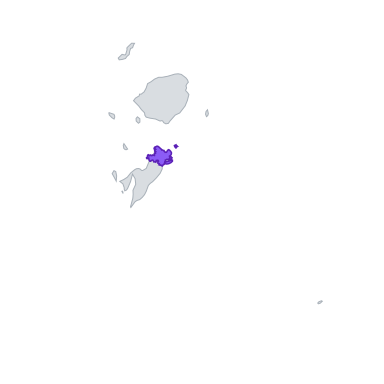 Bua, Northern, Fiji (highlighted), rotated 151°
{"feature_id": "14151628B59272471160482", "entity_name": "Bua", "entity_type": "district", "adm_level": 2, "iso_a3": "FJI", "parent_name": "Fiji", "parent_adm1": "Northern", "projection": "natural_earth1", "projection_center": [178.732, -16.793], "detail": "fine", "context": "in_parent", "style": "filled", "palette": "violet", "viewbox_px": 384, "rotation_deg": 151, "n_neighbors": 0, "source": "geoboundaries", "source_scale": "gbopen_adm2", "svg_char_len": 6836}
<svg xmlns="http://www.w3.org/2000/svg" viewBox="0 0 384 384"><g transform="rotate(151 192 192)"><path d="M183.1,266.3L183.2,268.4L184.3,269.3L185.5,269.5L188.5,273.5L193.0,277.0L195.8,279.7L196.0,281.9L195.1,284.3L196.3,288.6L196.9,293.1L198.9,300.2L196.0,301.5L191.5,301.7L190.5,303.0L189.0,302.2L185.3,302.8L181.7,305.1L178.3,308.3L174.4,308.3L170.0,308.9L165.6,308.5L162.5,306.8L157.1,305.0L149.8,303.4L146.8,302.1L144.3,300.0L142.0,294.8L141.6,292.2L142.0,289.8L144.1,289.0L145.9,287.7L146.1,286.1L146.9,285.0L147.9,284.5L148.4,283.8L147.7,281.1L147.5,278.7L151.7,274.3L156.3,270.6L164.4,267.1L169.4,267.4L177.0,264.7L179.4,263.5L181.8,264.3L183.1,266.3ZM253.0,208.8L246.8,215.2L244.6,218.5L242.8,222.1L237.5,226.0L235.3,231.2L235.4,236.5L240.7,230.9L246.5,226.4L248.3,225.5L250.2,225.6L250.0,227.1L249.2,228.6L248.5,232.6L250.0,236.3L245.7,236.0L241.4,236.3L236.3,238.4L231.3,239.3L229.4,239.3L227.6,238.6L226.4,237.5L225.5,235.1L224.6,234.7L220.6,234.8L214.6,239.6L212.6,243.8L210.3,243.9L207.6,243.1L204.4,246.2L200.4,247.4L198.8,244.7L197.7,241.4L196.3,239.0L192.0,238.4L192.6,235.4L193.8,234.2L194.8,232.5L195.4,230.5L197.5,231.7L199.6,232.6L202.0,231.1L204.4,230.9L206.9,226.6L210.8,223.8L216.1,221.7L221.5,220.1L224.3,219.8L227.0,218.9L231.7,214.8L234.8,212.7L238.2,211.4L241.4,210.7L244.4,211.3L246.8,211.0L253.0,208.1L253.0,208.8ZM191.6,342.9L191.6,344.9L186.4,346.3L184.6,344.6L183.5,344.3L180.4,347.3L179.5,348.5L179.2,349.5L178.4,349.9L172.7,351.4L170.2,349.9L171.9,348.9L174.0,347.0L176.1,347.3L178.2,345.4L180.3,342.7L183.3,342.1L185.4,341.0L188.9,341.8L191.6,342.9ZM252.9,246.8L249.9,248.5L248.8,246.8L250.1,242.6L253.0,238.3L252.9,241.8L252.9,246.8ZM226.5,301.2L226.1,301.6L222.6,297.8L222.7,296.3L223.3,294.9L224.8,293.6L226.0,295.8L227.0,299.4L226.5,301.2ZM205.3,283.4L203.3,284.2L202.1,281.3L203.7,278.4L205.5,278.1L206.4,281.1L205.3,283.4ZM229.5,266.1L228.1,267.3L227.5,260.8L228.9,260.8L229.9,261.5L230.5,263.2L229.5,266.1ZM140.7,255.6L138.6,256.4L139.7,252.6L140.9,251.4L141.6,251.1L142.8,250.9L142.4,253.5L140.7,255.6ZM135.7,34.0L134.1,34.5L131.5,34.1L131.0,33.3L131.8,33.1L133.5,32.6L135.6,32.9L135.9,33.4L135.7,34.0ZM253.0,226.6L252.5,226.6L252.4,225.7L253.0,224.1L253.0,226.6Z" fill="#d9dde1" stroke="#a8b0b8" stroke-width="1"/><path d="M210.6,236.7L210.4,236.7L210.4,236.8L210.2,236.7L210.2,236.9L210.1,236.6L209.8,236.4L209.7,236.1L209.5,235.9L209.4,236.0L209.3,235.8L209.2,235.9L209.0,235.7L208.9,235.7L208.8,235.8L208.7,235.9L208.7,236.1L208.5,236.3L208.3,236.3L208.3,236.5L208.0,236.8L207.9,236.6L207.7,236.4L207.3,236.6L207.2,236.5L206.8,236.3L206.6,236.4L206.4,236.2L206.4,235.9L206.2,235.8L206.2,235.6L206.4,235.1L206.7,235.1L206.9,234.9L207.2,235.0L207.3,234.9L207.4,234.6L207.5,234.4L207.7,234.2L207.8,234.1L207.9,233.8L207.7,233.6L207.7,233.4L207.6,233.2L207.3,232.9L207.3,232.7L207.2,232.5L207.3,232.3L207.2,232.3L207.3,232.2L207.2,232.0L207.2,231.9L207.3,231.9L207.3,231.7L207.2,231.5L207.3,231.5L207.2,231.4L207.1,231.5L207.0,231.3L207.1,231.2L206.9,231.1L206.8,230.9L206.5,230.9L206.5,230.7L206.4,230.5L206.2,230.5L206.2,230.4L205.7,229.9L205.8,229.7L205.7,229.6L205.7,229.4L205.4,229.1L205.1,229.3L205.1,229.2L204.9,229.2L204.6,229.4L204.6,229.6L204.4,229.7L204.2,229.6L203.7,229.7L203.3,229.6L203.2,229.6L202.8,229.7L202.6,230.0L202.6,230.3L202.4,230.5L202.2,230.5L201.5,231.1L201.1,231.7L200.8,231.8L200.7,231.7L200.5,231.3L200.4,231.2L200.2,231.3L200.2,231.8L200.0,232.2L200.0,232.5L199.8,232.9L199.2,232.7L198.0,232.8L197.8,232.5L197.6,232.4L197.5,232.2L197.0,231.7L196.9,231.6L196.7,231.6L196.6,231.8L196.2,232.1L195.6,232.1L195.6,231.9L196.0,231.7L195.9,231.4L195.4,230.9L195.0,230.7L194.9,230.6L194.7,230.6L193.4,231.2L193.2,231.3L192.8,231.7L192.9,231.9L193.1,232.2L193.2,232.6L193.2,233.0L193.6,233.2L194.3,233.0L194.6,232.8L194.7,232.6L194.8,232.7L194.7,233.3L194.7,233.5L194.5,234.0L194.2,234.4L193.3,234.4L192.5,234.6L191.8,235.1L191.3,235.7L191.0,236.1L190.9,236.7L190.9,237.8L191.1,238.5L191.3,239.4L191.8,240.3L192.2,240.5L192.8,240.2L193.3,240.2L194.9,239.2L195.4,239.2L195.5,239.2L195.6,239.3L195.9,239.7L196.3,239.8L196.2,240.4L196.2,240.6L196.2,240.8L196.6,241.0L196.6,241.3L196.4,241.4L196.4,241.5L196.4,241.8L196.5,241.8L197.1,242.6L197.5,243.2L197.7,243.3L198.0,243.3L198.0,243.6L198.1,243.8L198.0,244.3L198.3,244.8L198.5,245.4L198.6,245.6L198.7,245.8L198.7,246.0L198.7,246.3L198.9,246.8L199.0,247.1L199.1,247.3L199.3,247.7L199.5,247.8L199.6,248.4L199.9,248.6L200.1,248.9L200.6,249.1L201.0,249.2L201.3,249.1L201.6,249.0L201.9,249.2L202.3,249.3L202.8,249.3L203.1,249.2L203.1,248.9L202.7,248.7L202.8,248.6L203.4,248.8L203.7,248.8L204.0,248.6L204.2,248.2L204.2,247.7L204.2,247.4L203.6,247.2L203.3,247.2L203.1,247.1L203.0,246.9L204.0,246.8L204.3,246.7L204.6,246.4L204.7,246.2L204.4,246.0L204.4,245.9L204.7,245.9L204.8,245.7L204.7,245.3L204.4,245.1L204.2,244.9L204.1,244.7L204.5,244.5L204.8,244.6L205.0,244.6L205.4,244.4L205.5,244.2L205.4,243.7L205.7,243.8L206.0,243.8L206.5,243.6L206.6,243.3L206.6,242.9L206.8,242.6L206.9,242.3L207.1,242.1L208.5,243.5L209.1,243.4L209.1,243.2L209.8,243.4L209.9,243.8L210.1,244.2L210.3,244.5L210.6,244.6L211.0,244.6L211.1,244.4L211.1,244.2L211.5,244.2L211.7,244.4L212.0,244.6L212.3,245.0L212.2,245.2L211.9,245.3L211.9,245.6L212.1,245.6L212.7,245.8L212.9,245.7L213.2,245.5L213.3,245.3L213.4,245.0L213.5,244.7L213.9,244.3L214.3,244.2L215.0,244.2L215.3,243.9L215.3,243.5L215.3,243.4L215.3,243.2L215.2,242.9L214.9,242.8L214.7,242.9L214.4,243.0L214.0,242.8L213.9,242.8L213.8,242.5L213.7,242.5L213.5,242.8L213.4,242.8L213.3,242.7L213.5,242.3L213.8,241.8L213.9,241.3L213.9,240.8L214.1,240.2L214.0,239.8L214.0,239.6L213.9,239.3L213.7,239.2L213.4,239.0L213.2,238.9L213.0,239.1L212.9,239.2L212.7,239.2L212.3,239.2L212.1,239.2L211.6,239.2L211.2,239.1L210.8,238.9L210.7,238.8L210.7,238.7L210.7,238.3L210.7,238.0L210.7,237.7L210.8,237.4L210.8,237.2L210.7,237.2L210.6,236.9L210.6,236.7ZM201.5,230.9L201.7,230.4L201.7,229.8L201.2,229.1L200.6,228.8L199.5,228.3L198.3,228.0L196.2,227.9L194.5,228.3L194.1,228.5L193.7,229.4L193.9,229.5L194.8,229.9L195.6,229.9L197.5,230.2L198.6,230.6L200.0,230.9L200.7,231.0L201.2,231.0L201.5,230.9ZM183.0,238.8L182.9,238.8L183.0,238.9L182.9,239.1L183.0,239.1L183.2,239.3L183.1,239.5L183.4,239.6L183.5,239.6L183.5,239.9L183.4,240.0L183.1,240.1L183.1,240.3L183.3,240.1L183.5,240.1L183.7,240.3L183.9,240.4L184.0,240.6L184.3,240.6L184.5,240.8L184.6,240.5L184.7,240.4L184.8,240.5L185.0,240.7L185.1,240.3L185.1,240.1L184.7,240.0L184.7,239.9L184.7,239.7L185.0,239.5L184.9,239.3L184.9,239.0L184.7,239.1L184.6,239.3L184.4,239.3L184.4,239.2L184.3,239.3L184.2,239.4L184.1,239.2L183.9,239.3L183.8,239.2L183.8,238.9L183.7,239.0L183.5,239.3L183.3,239.1L183.2,238.9L183.0,238.8ZM183.3,241.0L183.3,240.8L183.2,240.6L183.2,240.4L183.0,240.5L183.1,240.9L183.3,241.0L183.3,241.0Z" fill="#8b5cf6" stroke="#5b21b6" stroke-width="1.5"/></g></svg>